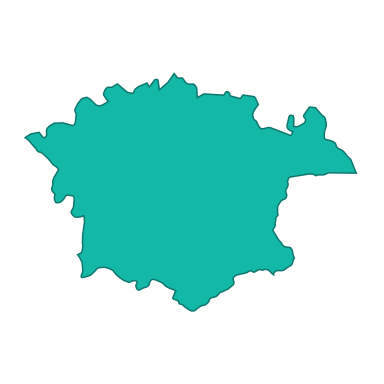 outline of Cáceres, rotated 178°
{"feature_id": "ESP-5811", "entity_name": "Cáceres", "entity_type": "Autonomous Community", "adm_level": 1, "iso_a3": "ESP", "parent_name": "Spain", "parent_adm1": "", "projection": "mercator", "projection_center": [-6.162, 39.756], "detail": "fine", "context": "isolated", "style": "filled", "palette": "teal", "viewbox_px": 384, "rotation_deg": 178, "n_neighbors": 0, "source": "natural_earth", "source_scale": "10m", "svg_char_len": 4857}
<svg xmlns="http://www.w3.org/2000/svg" viewBox="0 0 384 384"><g transform="rotate(178 192 192)"><path d="M65.8,272.0L59.5,264.3L57.1,262.4L56.2,260.5L55.6,257.0L55.5,253.4L56.2,251.1L57.2,248.7L57.8,245.0L57.9,241.5L56.9,239.9L51.6,238.5L48.9,237.2L47.0,235.6L45.8,232.0L44.7,230.6L40.5,228.4L38.3,226.3L34.6,221.3L32.3,219.2L28.2,207.8L27.3,205.5L27.1,205.1L54.3,206.4L56.1,205.9L58.1,205.0L60.5,204.5L65.5,204.7L67.7,204.0L70.4,205.7L74.3,205.9L92.9,203.6L94.8,202.8L96.2,199.3L96.1,198.1L95.7,196.9L95.8,195.4L96.3,193.9L97.8,191.2L98.3,189.6L98.1,188.2L97.6,186.7L97.4,185.0L98.3,182.7L99.3,181.9L102.2,180.7L103.4,180.0L106.6,175.2L107.0,173.6L107.1,170.9L107.3,169.4L107.3,168.6L106.9,166.9L106.9,166.0L107.2,165.3L108.5,164.3L108.9,163.7L109.6,159.6L110.1,158.1L109.9,156.4L110.4,154.6L112.6,151.0L107.5,141.8L104.7,138.2L103.0,135.5L101.7,134.3L100.3,133.8L97.0,133.3L95.4,132.8L93.9,130.6L93.0,125.0L92.0,122.5L93.1,120.6L94.3,116.8L95.4,115.3L97.7,114.2L103.2,110.6L104.7,110.4L105.6,110.2L108.1,110.5L110.5,110.3L112.8,108.7L113.2,107.7L113.3,106.4L114.8,107.6L117.1,110.2L118.3,111.2L119.6,111.8L120.8,112.1L122.1,112.1L123.4,111.6L124.6,111.4L125.5,111.8L127.9,112.1L132.0,109.9L133.1,109.7L135.5,111.1L136.7,111.2L138.2,110.6L139.3,109.9L141.0,109.2L149.8,107.6L151.6,106.8L152.7,106.0L153.5,105.1L153.8,103.9L153.9,102.8L153.2,100.5L153.2,99.4L153.8,98.3L154.6,97.4L158.6,94.3L159.6,93.7L162.1,92.6L163.1,92.1L167.8,90.4L170.5,87.5L171.6,86.8L172.9,86.3L176.7,85.5L177.9,84.6L178.5,83.5L178.9,82.3L179.5,81.3L180.4,80.4L181.6,79.5L182.9,78.7L185.1,78.3L186.7,77.8L188.3,77.1L192.6,73.9L193.8,73.2L195.4,73.0L197.6,73.5L201.8,76.3L203.1,77.3L205.2,79.5L206.4,80.1L208.8,80.8L209.0,81.8L209.0,82.8L210.1,83.8L211.6,84.6L214.2,85.6L214.9,86.3L214.9,87.0L214.2,88.2L214.1,88.9L213.8,89.6L213.3,90.2L213.0,90.9L212.7,92.2L212.4,92.8L211.5,93.4L211.9,94.0L213.6,94.9L218.0,96.7L220.8,98.3L222.5,99.7L223.5,101.0L225.2,102.4L229.8,104.7L233.1,106.0L234.7,106.1L235.8,105.5L236.7,104.6L237.3,103.4L237.8,102.2L238.1,101.1L238.6,100.0L239.4,99.3L240.4,98.8L244.6,97.6L247.2,96.2L248.4,95.8L249.5,96.0L250.8,97.7L251.2,99.1L251.3,100.4L251.1,101.6L249.9,103.6L250.2,104.5L251.0,105.2L253.6,105.5L258.0,103.9L263.2,106.0L266.8,108.6L270.7,112.2L273.7,116.3L277.0,118.2L281.7,119.9L286.7,119.7L287.5,119.6L288.5,119.2L289.5,118.8L291.2,117.0L292.1,116.0L296.4,112.3L302.8,110.5L305.1,110.4L305.7,111.0L305.7,112.0L304.3,115.4L304.0,116.6L303.9,117.9L304.3,125.3L305.2,127.5L305.8,128.5L306.3,129.8L308.5,133.4L304.7,135.1L304.4,135.7L303.8,137.1L303.1,141.2L303.0,142.9L303.3,144.5L302.7,153.3L300.5,165.6L300.6,170.0L301.1,172.1L302.3,171.6L304.7,171.0L308.2,170.8L309.3,171.0L310.4,171.5L311.3,172.3L312.1,173.2L312.8,174.2L313.4,175.2L313.4,176.4L313.0,177.4L311.7,179.6L311.0,181.0L310.7,182.9L310.5,184.8L310.2,186.5L309.9,190.0L310.3,191.4L311.0,192.2L315.3,193.1L317.0,193.2L317.8,192.9L318.5,192.4L319.9,190.1L321.0,188.8L323.5,186.6L324.4,186.3L326.9,185.9L327.7,186.0L328.7,186.5L329.2,187.9L329.8,190.0L329.8,191.6L329.0,194.1L329.4,195.0L331.1,197.1L332.0,198.5L332.1,199.8L331.9,201.0L331.4,202.1L330.9,204.4L330.7,207.9L330.3,208.9L330.0,210.1L329.6,211.1L328.2,213.1L327.7,214.2L326.9,215.2L326.3,216.3L324.9,218.3L324.7,219.2L325.1,220.2L325.9,221.1L326.8,221.9L328.8,223.3L329.8,224.1L334.4,230.1L337.1,233.0L338.9,234.6L339.9,235.7L341.8,236.9L344.0,237.5L344.9,238.1L346.8,241.2L350.5,245.6L351.9,247.5L353.5,249.3L354.1,249.9L355.4,251.0L356.9,252.2L350.9,255.7L342.7,256.9L339.4,252.3L337.4,251.2L335.6,253.0L335.3,254.5L335.3,257.9L335.1,259.5L334.4,260.8L332.1,262.9L327.3,265.6L318.7,265.6L309.3,262.6L307.0,263.4L305.9,266.9L305.1,273.3L305.2,274.4L306.0,276.4L306.2,277.5L306.1,278.8L303.0,284.4L299.8,288.2L298.1,289.4L293.8,290.3L290.7,288.4L284.6,282.1L281.5,281.2L278.4,282.1L272.5,285.4L273.2,286.0L276.9,292.0L276.9,293.7L275.4,297.0L273.9,298.8L272.3,299.6L268.3,299.5L262.8,302.6L253.0,293.8L247.6,292.5L245.3,296.7L241.6,299.3L233.2,302.5L231.0,298.4L225.4,305.4L223.3,305.8L222.5,305.4L222.1,304.9L221.0,295.3L212.3,302.3L205.7,311.0L202.5,306.5L201.7,306.3L198.8,306.4L197.7,306.1L196.8,305.2L194.5,301.5L192.2,300.0L186.6,299.8L184.3,297.2L183.7,294.9L183.4,286.1L176.8,289.6L156.9,287.7L156.1,288.7L154.8,290.7L153.6,291.1L152.3,290.7L151.6,290.2L151.1,289.6L150.9,288.9L150.7,287.5L150.4,286.9L149.8,286.5L140.4,283.7L137.7,287.2L126.5,285.1L125.4,283.7L122.6,277.1L127.5,270.8L128.8,266.8L127.7,262.5L125.2,260.4L122.7,254.7L120.8,252.9L118.4,252.7L113.6,253.8L111.5,253.6L91.2,244.9L89.0,248.6L93.0,250.8L93.9,251.7L94.4,252.7L94.7,253.8L94.7,255.2L92.4,263.8L91.7,264.8L90.7,265.4L88.2,264.6L87.6,261.5L88.2,254.1L85.2,253.5L82.5,254.2L77.1,257.2L76.8,257.7L76.1,259.5L75.9,260.2L76.2,261.4L77.6,263.1L77.9,264.1L77.6,264.9L71.7,272.8L65.8,272.0Z" fill="#14b8a6" stroke="#0f766e" stroke-width="1.5"/></g></svg>